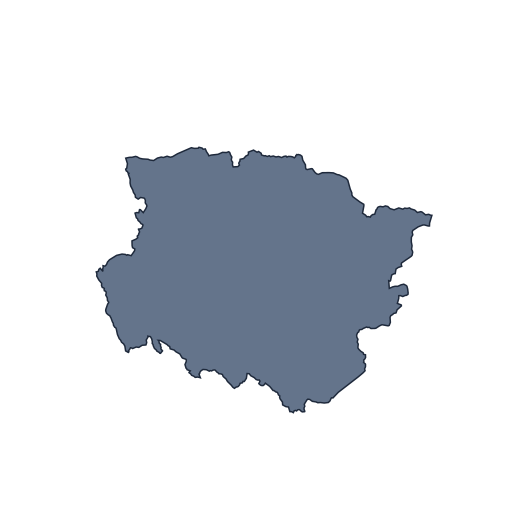 Huong Khe, Ha Tinh, Vietnam, rotated 320°
{"feature_id": "81297802B53129181429645", "entity_name": "Huong Khe", "entity_type": "district", "adm_level": 2, "iso_a3": "VNM", "parent_name": "Vietnam", "parent_adm1": "Ha Tinh", "projection": "natural_earth1", "projection_center": [105.668, 18.193], "detail": "fine", "context": "isolated", "style": "filled", "palette": "slate", "viewbox_px": 512, "rotation_deg": 320, "n_neighbors": 0, "source": "geoboundaries", "source_scale": "gbopen_adm2", "svg_char_len": 6158}
<svg xmlns="http://www.w3.org/2000/svg" viewBox="0 0 512 512"><g transform="rotate(320 256 256)"><path d="M368.3,272.9L368.6,271.0L370.0,269.2L371.2,265.3L375.0,257.0L375.0,254.4L371.8,247.3L370.5,245.8L368.7,242.1L365.6,239.1L360.3,234.8L356.3,233.6L355.3,232.1L354.9,230.0L355.2,225.4L354.6,224.7L350.8,222.7L350.2,221.7L350.6,220.4L352.5,217.9L353.4,212.7L355.3,209.2L354.9,207.2L353.6,205.4L352.8,205.1L352.5,204.5L351.0,204.7L350.3,205.3L348.4,205.4L347.9,203.8L346.7,202.2L344.8,200.5L343.3,200.1L343.2,198.7L341.3,197.6L339.0,197.1L337.2,194.2L335.0,193.0L333.5,190.5L331.0,189.2L330.6,187.7L328.6,187.0L327.6,185.1L326.7,184.6L325.2,182.2L326.0,180.6L325.1,177.5L323.5,177.2L322.2,173.3L316.9,171.5L316.0,172.8L314.7,173.5L312.6,172.9L309.2,173.4L306.0,171.7L304.5,173.1L303.1,173.4L302.2,174.2L301.8,175.7L299.6,175.9L295.8,173.1L296.5,171.1L298.4,169.1L298.5,167.6L299.1,166.2L301.1,164.7L301.5,162.2L302.4,159.8L302.1,158.6L299.8,157.7L297.0,155.1L292.3,153.7L286.6,149.9L284.3,148.9L284.8,147.3L285.1,144.4L286.0,141.4L284.1,140.2L284.1,138.7L282.4,136.3L282.1,136.0L281.1,136.3L279.4,135.1L277.8,133.8L276.1,131.5L261.5,127.2L256.0,126.3L253.9,125.3L252.0,122.4L248.4,121.0L247.0,119.3L243.4,117.6L239.0,117.1L236.4,114.3L235.6,112.6L231.6,108.8L229.7,106.4L228.6,103.5L227.8,102.3L224.5,100.7L222.4,99.0L219.1,97.3L216.9,102.6L213.5,105.6L212.0,105.7L211.6,106.5L211.3,107.6L211.7,108.3L211.6,109.4L211.3,110.2L211.8,111.0L210.8,111.3L208.9,116.4L206.4,119.2L205.0,121.8L204.0,126.3L203.0,128.5L202.7,131.5L201.4,133.5L202.3,136.7L205.2,137.0L207.5,139.7L207.5,141.0L206.9,142.4L205.3,144.1L205.0,146.8L204.4,147.7L202.1,148.9L197.5,150.3L197.2,146.2L196.6,145.6L194.0,147.5L192.5,146.0L190.9,145.4L188.9,149.8L189.2,151.3L188.5,153.0L188.9,155.3L188.7,157.3L189.5,159.1L189.0,159.9L186.4,161.3L184.5,160.7L183.4,160.0L183.4,159.3L182.3,162.7L180.5,163.5L179.6,164.3L177.8,164.4L177.1,166.0L174.8,165.9L170.7,164.7L167.7,168.5L166.8,170.3L167.7,172.7L166.4,173.9L160.6,175.5L158.5,172.5L157.5,172.4L157.0,170.9L154.6,168.4L149.6,165.9L141.4,164.7L138.3,165.2L136.1,166.4L134.3,166.7L133.6,166.5L132.6,165.1L131.6,166.5L130.2,167.4L129.2,168.9L128.8,168.8L128.8,165.2L127.1,165.2L125.3,166.4L123.4,165.5L122.6,167.5L121.1,169.0L120.2,173.3L120.2,177.7L118.7,179.3L118.0,181.3L118.8,182.6L118.9,183.4L118.0,184.1L117.5,185.2L118.0,186.0L118.1,187.0L117.4,188.2L115.8,189.3L115.2,192.4L113.6,194.6L113.5,196.5L113.2,197.0L111.4,197.5L106.7,200.3L105.6,201.4L104.7,203.7L105.0,206.2L105.6,207.6L105.1,210.2L103.7,214.1L103.4,215.8L102.3,217.5L102.0,219.8L102.4,220.8L102.2,221.8L99.4,227.1L98.1,231.4L98.2,233.5L97.6,235.5L98.1,238.4L97.6,240.8L95.1,244.9L96.2,247.8L97.1,247.7L97.4,246.6L99.0,246.4L100.8,245.6L101.6,246.5L102.0,247.6L105.7,248.7L107.5,250.7L111.4,251.2L114.5,253.4L116.6,252.1L117.9,249.8L121.1,248.7L121.6,247.9L123.3,249.9L122.8,252.5L121.5,255.0L120.2,256.4L120.3,257.5L119.6,258.7L118.8,261.5L119.2,264.2L118.9,265.1L119.9,267.7L119.8,268.6L120.3,269.2L123.4,268.6L123.5,265.9L124.6,265.0L124.9,263.6L126.2,262.3L125.8,260.9L126.5,259.4L127.1,258.8L127.0,257.9L128.3,259.1L131.0,266.8L131.0,268.2L131.7,269.8L130.6,272.0L132.8,275.3L133.1,277.9L134.7,282.1L134.0,286.3L134.2,287.2L135.9,290.0L135.9,290.7L134.7,292.0L131.8,293.5L130.3,297.0L130.5,297.7L130.1,298.8L131.8,301.7L129.8,302.1L129.7,302.5L130.2,304.1L130.0,306.0L131.1,308.1L131.4,309.9L133.6,311.3L135.1,313.5L136.4,309.8L137.3,309.8L138.1,309.1L139.6,308.6L142.4,308.8L144.9,311.2L146.2,314.2L147.2,314.3L148.1,315.5L149.7,315.8L151.1,316.7L151.4,317.3L151.4,319.7L151.9,321.1L151.8,322.3L153.3,323.7L154.1,325.2L153.4,327.2L154.0,331.0L153.5,333.8L154.0,339.0L153.9,341.6L154.4,343.5L156.7,343.7L157.9,344.4L158.8,344.5L160.8,344.1L161.9,343.3L164.1,344.4L165.4,343.7L166.4,344.6L170.0,343.5L173.6,340.3L175.2,341.9L175.0,344.2L176.5,348.1L176.7,350.7L177.7,352.3L178.8,353.1L178.6,354.4L176.1,355.6L176.4,357.5L176.8,358.6L178.1,359.8L179.9,359.9L181.4,359.4L182.7,364.7L182.6,370.0L183.4,370.8L183.7,372.7L184.6,374.0L184.6,374.9L183.9,376.8L184.3,378.4L183.2,379.5L182.6,381.0L182.4,384.8L180.7,387.2L182.0,390.5L183.8,392.6L181.9,397.0L183.3,398.3L183.9,400.0L185.8,399.1L187.0,399.7L187.5,400.8L189.0,400.6L190.1,401.2L190.6,401.7L190.9,404.4L191.4,405.3L193.2,406.5L193.6,406.3L194.4,404.1L195.5,403.0L196.7,402.6L197.7,400.6L202.4,399.0L203.7,399.0L205.0,400.5L205.7,403.5L208.2,406.4L209.0,408.1L211.1,409.6L213.8,412.5L217.2,414.7L219.4,414.6L222.3,413.2L222.9,413.3L223.7,414.2L231.4,413.3L256.8,414.3L262.9,414.3L265.8,414.0L266.6,412.3L268.7,411.2L270.1,409.6L270.4,409.0L270.0,406.7L270.8,406.2L271.7,404.9L273.3,404.8L274.8,404.1L276.4,402.0L275.2,400.5L275.9,398.9L275.1,396.7L274.8,393.8L274.9,392.3L275.4,391.4L277.7,389.2L278.2,387.0L280.6,385.3L281.0,383.1L282.3,381.2L284.7,380.0L285.9,380.2L287.4,379.2L288.2,379.2L289.9,380.3L291.4,380.4L295.1,381.5L295.6,382.6L296.9,383.4L297.4,385.4L300.5,387.9L301.4,388.4L305.6,388.9L308.3,389.6L312.3,394.4L313.4,394.8L316.3,393.2L319.2,389.2L320.9,388.3L323.0,388.7L324.5,388.5L326.7,389.6L329.5,387.9L335.3,387.7L335.8,387.0L335.7,386.6L333.8,383.2L338.0,380.3L339.9,378.2L341.2,379.2L342.4,381.4L344.9,382.1L345.9,382.8L347.7,383.1L348.8,382.1L351.0,378.7L352.2,376.2L352.1,375.1L351.1,372.6L348.6,371.3L345.2,370.4L343.1,368.6L340.9,367.5L337.3,366.5L341.8,360.2L342.5,361.4L343.3,361.3L347.7,357.8L350.1,358.2L351.3,359.0L354.8,356.0L357.5,356.2L361.0,357.6L362.0,355.6L363.0,354.9L374.7,356.0L376.0,355.8L378.5,353.8L379.1,352.5L379.5,350.8L382.1,348.5L384.0,345.1L385.5,343.3L387.1,341.5L389.7,340.6L391.0,338.1L392.5,337.2L399.0,337.9L403.7,339.5L405.0,340.5L407.2,343.7L408.2,344.5L410.2,342.3L416.9,337.9L416.0,337.0L415.1,335.1L412.3,333.4L411.5,329.2L410.8,328.0L407.6,326.4L407.1,322.8L405.0,319.6L404.5,317.8L402.3,316.7L400.7,314.9L398.6,314.5L396.3,311.0L391.5,309.4L389.1,305.8L388.8,302.8L387.3,300.8L384.9,300.0L383.0,297.8L381.3,297.1L380.3,297.0L379.0,297.7L377.7,297.8L373.8,300.3L372.0,299.2L370.1,299.1L368.6,299.7L367.3,297.9L366.1,297.2L366.2,295.1L365.1,291.7L370.9,286.9L371.8,285.7L370.3,281.3L368.3,272.9Z" fill="#64748b" stroke="#1e293b" stroke-width="1.5"/></g></svg>